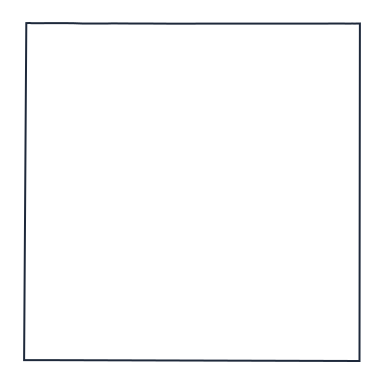 Decatur, Kansas, United States of America (orthographic projection)
{"feature_id": "52423323B97064172346270", "entity_name": "Decatur", "entity_type": "district", "adm_level": 2, "iso_a3": "USA", "parent_name": "United States of America", "parent_adm1": "Kansas", "projection": "orthographic", "projection_center": [-100.471, 39.785], "detail": "fine", "context": "isolated", "style": "outline", "palette": "slate", "viewbox_px": 384, "rotation_deg": 0, "n_neighbors": 0, "source": "geoboundaries", "source_scale": "gbopen_adm2", "svg_char_len": 462}
<svg xmlns="http://www.w3.org/2000/svg" viewBox="0 0 384 384"><path d="M36.4,360.1L359.5,361.0L359.9,23.5L353.7,23.6L352.5,23.5L350.5,23.6L348.5,23.6L337.6,23.5L329.2,23.5L327.9,23.6L233.7,23.6L204.5,23.6L199.8,23.6L186.9,23.7L182.7,23.7L182.0,23.7L176.0,23.7L161.7,23.6L137.5,23.5L128.3,23.5L112.0,23.4L108.3,23.5L81.8,23.5L73.0,23.2L59.2,23.1L36.8,23.2L31.6,23.2L29.6,23.0L26.3,23.1L24.1,360.1L36.4,360.1Z" fill="none" stroke="#1e293b" stroke-width="2"/></svg>